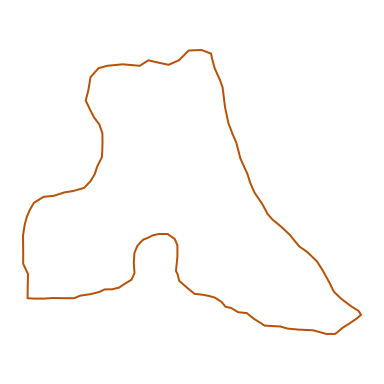 Siazan District, Siyəzən, Azerbaijan (Equal Earth projection)
{"feature_id": "54616110B9592293002412", "entity_name": "Siazan District", "entity_type": "district", "adm_level": 2, "iso_a3": "AZE", "parent_name": "Azerbaijan", "parent_adm1": "Siyəzən", "projection": "equal_earth", "projection_center": [49.096, 41.028], "detail": "fine", "context": "isolated", "style": "outline", "palette": "amber", "viewbox_px": 384, "rotation_deg": 0, "n_neighbors": 0, "source": "geoboundaries", "source_scale": "gbopen_adm2", "svg_char_len": 1504}
<svg xmlns="http://www.w3.org/2000/svg" viewBox="0 0 384 384"><path d="M27.6,298.2L33.7,298.6L44.3,298.6L53.1,298.0L63.1,298.2L74.1,298.2L80.4,295.6L90.4,294.2L99.2,292.0L104.7,289.4L112.1,289.3L119.1,287.6L123.6,284.5L131.5,279.7L134.5,273.1L133.8,263.1L134.4,253.1L137.2,246.2L140.7,242.0L143.5,239.5L147.5,238.0L152.8,235.3L158.8,234.0L167.5,234.0L174.7,238.9L177.4,245.3L177.4,256.7L176.0,271.0L177.5,273.9L179.2,280.8L188.7,289.1L194.5,293.8L203.6,294.9L209.2,296.0L215.1,297.7L221.6,302.0L225.4,306.6L231.1,308.0L238.2,312.2L246.8,313.1L253.9,318.8L260.4,322.9L264.6,325.6L280.4,326.5L287.7,328.6L298.5,329.6L313.2,330.3L326.7,334.0L335.3,333.9L343.0,327.5L349.9,323.2L357.3,318.1L361.0,314.8L360.8,314.6L358.7,311.0L351.3,306.4L341.1,298.7L333.9,291.7L329.2,282.2L322.6,270.2L316.9,261.3L307.1,251.9L299.2,246.4L289.8,234.8L280.4,226.0L272.9,220.0L267.7,214.1L262.2,203.9L254.5,192.6L250.2,182.8L247.4,173.9L240.4,158.5L236.3,142.7L232.2,133.1L228.3,122.8L225.0,106.9L222.6,87.5L220.1,80.4L214.7,68.3L212.1,58.9L211.1,53.6L201.4,50.0L188.7,50.5L179.0,60.2L168.7,64.8L158.2,62.6L148.4,60.3L139.8,65.8L122.6,64.3L107.2,65.8L98.5,68.2L90.5,77.2L88.3,90.5L85.7,100.5L90.2,110.0L94.1,117.5L99.4,124.6L102.4,133.3L102.5,142.4L102.3,150.2L101.9,157.2L97.2,166.5L94.6,174.4L90.3,181.4L84.1,187.9L72.7,191.1L64.8,192.3L53.8,195.8L43.6,196.8L33.9,202.8L30.0,209.6L27.0,216.3L24.8,224.2L23.0,235.5L23.2,252.8L23.2,263.8L28.0,274.1L27.7,286.1L27.6,298.2Z" fill="none" stroke="#b45309" stroke-width="2"/></svg>